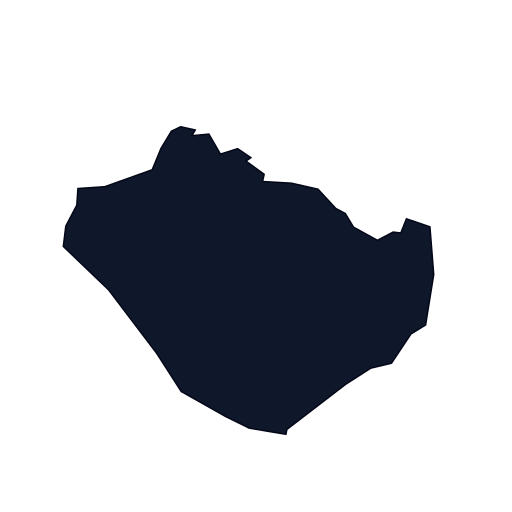 outline of Roane, West Virginia, United States of America, rotated 317°
{"feature_id": "52423323B60388203244476", "entity_name": "Roane", "entity_type": "district", "adm_level": 2, "iso_a3": "USA", "parent_name": "United States of America", "parent_adm1": "West Virginia", "projection": "albers", "projection_center": [-81.306, 38.732], "detail": "fine", "context": "isolated", "style": "filled", "palette": "ink", "viewbox_px": 512, "rotation_deg": 317, "n_neighbors": 0, "source": "geoboundaries", "source_scale": "gbopen_adm2", "svg_char_len": 685}
<svg xmlns="http://www.w3.org/2000/svg" viewBox="0 0 512 512"><g transform="rotate(317 256 256)"><path d="M137.3,104.4L121.6,117.6L125.1,180.1L117.0,259.4L108.9,304.1L124.3,352.7L133.6,377.2L147.5,395.4L156.3,406.8L160.3,403.9L234.2,411.0L263.4,416.3L282.0,426.8L316.2,418.7L333.0,422.1L373.3,390.8L403.1,353.3L391.4,331.4L377.6,337.9L372.6,332.0L355.5,327.3L347.0,301.4L350.3,285.8L346.8,275.7L346.9,249.4L331.6,226.9L311.6,206.0L317.7,201.8L313.4,179.7L319.3,180.6L315.8,165.0L299.5,157.2L304.7,134.7L291.2,124.3L297.5,122.4L289.1,110.1L279.2,107.0L259.9,112.5L238.9,122.1L192.7,102.2L171.8,85.2L159.6,96.6L137.3,104.4Z" fill="#0f172a" stroke="#020617" stroke-width="1.5"/></g></svg>